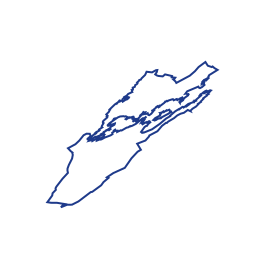 Skodje nor, Møre og Romsdal, Norway (Robinson projection), rotated 151°
{"feature_id": "86288312B6850280746884", "entity_name": "Skodje nor", "entity_type": "district", "adm_level": 2, "iso_a3": "NOR", "parent_name": "Norway", "parent_adm1": "Møre og Romsdal", "projection": "robinson", "projection_center": [6.603, 62.504], "detail": "fine", "context": "isolated", "style": "outline", "palette": "blue", "viewbox_px": 256, "rotation_deg": 151, "n_neighbors": 0, "source": "geoboundaries", "source_scale": "gbopen_adm2", "svg_char_len": 5924}
<svg xmlns="http://www.w3.org/2000/svg" viewBox="0 0 256 256"><g transform="rotate(151 128 128)"><path d="M225.1,91.2L218.5,90.4L214.2,88.1L207.0,87.8L191.7,90.0L190.2,89.5L179.2,90.9L175.6,92.6L169.3,93.8L170.3,95.1L162.7,95.7L150.1,94.7L139.7,99.8L131.1,102.6L127.3,102.7L127.6,109.8L118.8,108.6L113.7,110.4L113.0,111.1L103.8,110.9L97.2,113.4L92.2,114.1L91.6,113.6L89.8,114.1L82.9,114.3L78.8,115.1L75.1,115.0L71.7,114.2L67.0,114.8L65.2,112.4L65.2,112.8L62.2,113.6L58.1,113.8L54.8,114.8L54.9,115.2L51.6,115.4L51.6,115.9L47.8,117.0L47.8,117.5L43.2,118.1L42.9,118.6L42.1,118.6L42.4,118.9L41.3,119.0L41.3,119.3L40.2,119.5L40.3,119.8L37.3,120.6L37.9,121.2L45.6,121.5L41.0,122.3L41.3,122.7L43.2,122.8L44.9,122.5L44.5,122.1L45.4,122.2L45.4,122.5L48.7,121.8L48.7,122.1L50.8,121.1L48.4,121.3L48.3,121.0L54.3,119.8L54.6,119.4L55.4,119.5L55.4,119.1L56.5,119.6L56.5,119.0L57.6,119.3L57.6,118.9L58.1,118.9L57.6,118.8L57.8,118.5L58.8,119.0L62.3,119.6L62.3,119.1L61.7,119.2L66.9,118.5L67.5,118.7L62.8,119.3L63.7,119.8L70.3,118.8L68.9,119.3L70.1,120.1L74.2,119.5L74.2,119.9L78.6,119.7L85.4,118.3L85.4,117.9L90.1,117.8L98.2,116.2L107.6,115.2L116.4,116.3L116.5,116.6L118.0,116.9L118.5,118.2L113.1,120.8L111.2,121.0L110.3,120.7L108.5,121.7L105.7,122.2L105.9,123.5L106.6,123.8L109.1,123.6L109.2,124.3L113.5,124.2L113.6,125.1L112.0,125.3L111.7,125.7L111.8,126.2L111.4,126.4L113.5,126.5L112.1,127.3L106.3,129.1L109.2,128.6L110.0,129.3L111.6,129.2L119.0,127.8L123.2,127.9L125.4,128.3L125.4,128.6L127.6,128.5L129.0,129.0L134.8,128.9L135.4,129.5L139.3,129.8L138.6,130.8L140.5,131.6L140.5,131.9L140.0,131.9L140.0,132.8L141.8,132.6L141.9,132.2L140.8,132.1L141.0,131.8L144.1,131.5L144.3,130.3L143.7,130.2L146.7,130.0L152.8,130.9L156.7,130.9L157.6,131.2L157.6,131.6L161.5,132.1L161.2,132.5L153.2,132.3L152.6,133.2L152.7,133.7L151.9,133.7L152.2,134.3L156.1,134.7L159.5,134.0L165.6,133.9L165.3,135.0L168.2,135.7L167.1,136.1L167.9,136.6L168.0,137.1L168.8,137.8L168.6,138.2L164.4,139.1L164.4,140.6L164.0,141.1L163.5,141.0L167.0,143.1L170.3,143.2L176.7,140.6L181.8,139.3L190.3,139.4L189.3,135.4L188.4,133.3L188.9,132.9L189.3,131.3L191.7,128.4L197.7,124.3L200.5,121.9L201.5,120.3L202.3,117.9L209.8,115.4L219.1,111.4L220.6,110.4L221.1,108.9L225.6,107.5L227.0,105.7L234.5,102.2L231.7,100.0L226.5,97.1L220.1,92.1L222.8,92.0L225.1,91.2ZM84.5,168.2L87.3,166.1L92.2,164.8L93.2,164.1L94.9,164.5L95.2,164.1L97.9,163.4L97.7,162.9L98.1,162.4L99.4,162.0L100.8,162.1L102.1,160.7L104.3,161.0L104.7,159.8L105.3,159.6L105.3,159.3L106.2,159.4L106.1,158.9L106.9,158.6L106.4,158.6L107.0,157.9L106.9,157.4L111.3,157.7L113.5,156.9L116.3,156.9L116.3,156.6L117.6,156.2L117.2,155.9L117.0,155.0L116.2,155.1L116.2,155.6L114.0,155.6L113.7,155.0L112.9,155.0L112.3,154.3L113.1,153.8L115.3,153.5L116.9,154.2L117.2,153.8L119.9,153.6L119.9,154.8L119.5,155.2L122.0,155.1L121.7,155.9L121.2,155.9L122.0,156.2L125.8,154.8L125.8,155.2L128.0,155.0L134.8,153.2L134.8,152.8L135.6,152.8L135.6,152.3L136.9,151.4L140.4,150.4L140.0,148.9L141.1,148.5L141.1,147.9L140.5,147.9L141.0,147.3L146.1,146.2L147.1,145.5L147.4,144.8L146.9,144.4L147.0,144.1L149.8,142.5L150.5,141.8L150.2,141.0L154.1,140.7L154.8,140.2L154.4,139.7L155.3,139.5L157.4,139.9L158.2,139.7L157.5,139.3L158.3,138.8L161.7,138.7L167.8,136.8L166.2,135.7L160.9,136.2L160.7,135.7L156.0,135.1L155.1,135.2L154.9,135.7L150.2,135.5L151.6,136.0L151.3,136.3L148.0,136.2L147.8,136.6L145.5,135.6L145.5,135.3L144.1,135.5L144.4,136.0L145.8,136.0L145.8,136.5L143.3,136.7L142.8,137.4L139.8,137.4L140.4,138.1L137.4,138.0L137.2,138.3L141.3,138.9L141.3,139.4L142.7,139.4L142.7,139.7L143.5,139.5L143.5,140.0L144.4,139.9L144.4,140.3L142.0,141.1L137.0,141.7L137.1,142.1L135.7,142.2L135.7,142.5L136.6,142.8L135.7,142.9L134.6,142.7L134.6,142.4L135.3,142.4L135.1,141.9L131.8,142.2L129.3,141.9L126.2,140.5L125.3,139.6L124.2,139.3L123.2,137.8L123.1,137.3L125.7,136.9L125.4,136.4L122.7,136.6L122.7,137.2L121.4,136.6L121.5,136.1L121.2,136.0L117.9,135.4L117.7,135.2L117.9,134.7L119.0,134.4L118.7,134.1L119.6,133.7L119.4,133.4L118.4,133.6L118.3,133.2L117.8,133.2L117.7,132.6L117.3,132.4L121.0,131.3L118.7,131.3L118.0,131.0L118.3,130.8L118.1,130.6L116.5,130.8L117.7,130.5L118.0,129.8L117.8,129.3L116.7,129.3L114.9,130.6L116.2,130.8L111.1,132.4L111.2,133.1L108.3,133.7L106.8,134.5L106.4,133.8L105.6,133.5L107.8,132.5L105.3,131.9L105.3,131.5L103.6,131.4L103.9,129.6L103.2,128.9L100.7,129.2L97.5,130.5L98.5,131.0L98.4,131.5L96.4,131.2L96.5,131.7L93.2,132.3L93.2,132.6L90.7,132.9L91.8,132.5L91.5,132.0L90.5,132.2L90.9,131.3L89.5,131.3L90.1,131.6L84.1,132.4L82.8,133.0L82.7,132.7L80.8,132.9L80.5,132.3L79.1,132.4L75.2,131.6L74.7,131.4L74.6,130.1L71.8,129.8L71.8,129.5L71.2,129.5L71.2,128.5L69.0,128.5L68.9,128.0L68.1,128.2L68.1,128.6L65.7,128.4L65.8,127.9L67.2,127.4L67.2,126.7L70.5,125.8L70.4,124.8L70.1,125.2L66.3,125.6L65.8,126.4L65.0,126.5L65.0,126.8L59.8,127.4L59.8,127.8L57.9,128.3L59.9,128.6L60.1,129.9L61.1,130.2L58.4,131.4L46.4,130.1L46.4,128.9L45.7,128.0L43.5,127.9L40.2,128.6L40.2,128.9L41.1,128.9L40.9,129.2L38.9,131.3L42.3,130.7L42.0,131.2L40.7,131.7L40.7,132.1L39.9,132.1L39.9,132.4L39.1,132.4L39.1,132.8L38.0,132.8L38.0,133.1L36.1,133.0L36.4,132.2L37.4,131.5L34.1,132.4L34.1,132.9L33.3,132.7L33.1,133.7L32.5,133.8L32.0,134.6L31.2,134.9L21.5,135.4L23.3,138.4L24.2,140.8L25.2,140.7L28.0,143.8L28.3,148.2L36.7,147.1L41.9,145.2L48.6,143.8L63.9,144.0L63.9,145.7L64.8,148.4L64.2,148.2L62.3,149.1L65.2,151.2L64.3,152.1L69.6,156.9L72.6,156.3L76.2,158.8L77.3,160.0L78.2,161.7L75.8,162.9L74.3,164.5L75.5,165.0L80.0,165.0L84.5,168.2ZM83.4,121.0L82.3,121.0L82.2,121.5L83.3,122.3L82.9,123.5L83.0,124.0L85.8,124.4L85.8,124.8L88.9,124.5L88.9,125.4L91.1,125.2L92.5,125.6L92.2,124.8L92.7,124.8L92.7,124.4L92.2,124.3L93.5,124.3L93.8,123.4L99.3,123.5L102.0,122.7L101.4,122.1L100.8,122.1L100.8,121.6L99.1,121.4L97.2,121.8L96.6,121.2L94.4,121.1L94.4,120.7L95.5,120.5L93.9,120.7L93.3,121.0L85.6,120.9L83.4,121.3L83.4,121.0Z" fill="none" stroke="#1e3a8a" stroke-width="2"/></g></svg>